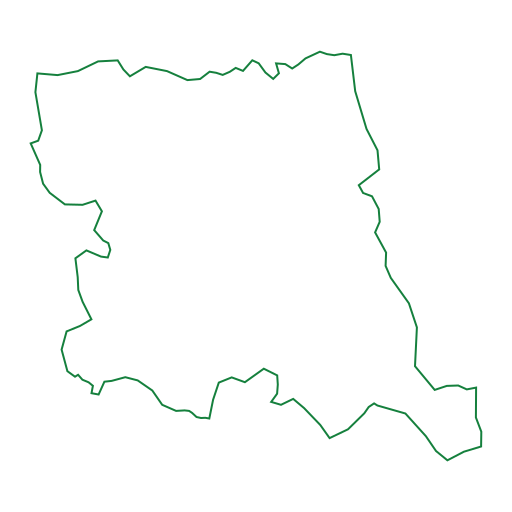 Stara Zagora, Mercator projection
{"feature_id": "BGR-2233", "entity_name": "Stara Zagora", "entity_type": "Province", "adm_level": 1, "iso_a3": "BGR", "parent_name": "Bulgaria", "parent_adm1": "", "projection": "mercator", "projection_center": [25.503, 42.404], "detail": "fine", "context": "isolated", "style": "outline", "palette": "green", "viewbox_px": 512, "rotation_deg": 0, "n_neighbors": 0, "source": "natural_earth", "source_scale": "10m", "svg_char_len": 1619}
<svg xmlns="http://www.w3.org/2000/svg" viewBox="0 0 512 512"><path d="M82.6,204.8L64.9,204.4L49.7,192.8L43.1,183.7L40.1,172.0L40.2,164.9L30.7,143.4L38.2,140.7L41.9,130.3L35.4,92.2L37.4,73.4L57.6,75.1L77.9,71.1L98.1,61.4L117.7,60.4L123.4,69.5L129.9,76.3L145.7,66.9L167.0,71.1L187.4,80.1L200.1,79.0L209.6,71.7L216.2,72.8L222.7,74.9L229.8,71.8L235.7,67.9L243.0,70.9L252.3,60.3L258.7,63.3L265.4,72.5L273.2,78.9L278.9,73.3L276.1,63.4L285.3,64.1L292.2,68.5L298.3,64.5L305.5,58.4L319.9,51.7L326.9,54.1L334.3,55.2L342.6,53.7L350.9,55.0L355.2,91.2L366.5,128.9L377.5,150.3L379.2,169.4L358.8,185.2L363.1,193.0L372.0,196.3L378.7,209.0L379.7,221.8L375.1,232.4L386.1,252.6L385.6,265.9L390.8,277.9L408.9,303.3L416.9,327.4L415.0,366.2L434.7,389.9L446.8,385.9L458.2,385.5L466.8,389.4L476.1,387.6L475.9,417.5L481.3,431.7L481.1,446.5L463.9,451.7L447.4,460.3L436.0,451.0L425.9,436.2L405.4,413.5L377.4,405.5L374.1,403.4L368.7,407.0L364.3,413.3L348.0,429.3L329.6,438.1L320.3,425.0L304.1,408.1L293.2,398.9L281.0,404.8L271.2,401.9L277.1,393.7L277.8,384.6L277.2,375.4L263.8,368.7L244.9,382.2L231.7,377.4L218.8,382.6L213.1,399.7L209.3,418.5L205.3,417.8L201.0,418.0L196.5,417.0L192.1,412.9L189.1,410.9L184.6,410.4L176.1,410.9L162.2,404.8L152.3,390.5L137.7,380.4L125.3,377.2L111.6,380.9L104.4,381.7L98.6,394.5L91.5,393.2L92.9,385.8L88.6,382.3L82.4,379.7L78.1,374.8L75.0,376.7L67.4,371.2L61.6,349.6L66.6,331.4L79.9,326.0L91.4,319.3L82.6,301.8L78.3,290.0L77.7,277.1L75.4,258.3L86.4,250.4L101.0,256.6L107.8,257.5L110.3,249.9L108.3,243.1L103.2,240.5L94.2,230.1L101.9,211.3L95.5,200.6L82.6,204.8Z" fill="none" stroke="#15803d" stroke-width="2"/></svg>